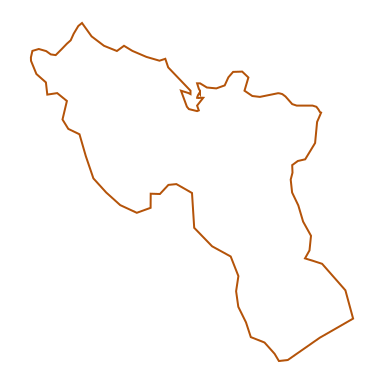 map outline of Nord (Natural Earth projection)
{"feature_id": "HTI-1387", "entity_name": "Nord", "entity_type": "Department", "adm_level": 1, "iso_a3": "HTI", "parent_name": "Haiti", "parent_adm1": "", "projection": "natural_earth1", "projection_center": [-72.317, 19.567], "detail": "fine", "context": "isolated", "style": "outline", "palette": "amber", "viewbox_px": 384, "rotation_deg": 0, "n_neighbors": 0, "source": "natural_earth", "source_scale": "10m", "svg_char_len": 1437}
<svg xmlns="http://www.w3.org/2000/svg" viewBox="0 0 384 384"><path d="M82.0,23.0L91.6,36.4L104.0,45.8L116.9,51.0L124.0,45.8L132.4,50.9L146.4,56.9L159.5,60.7L165.3,58.8L168.2,67.4L190.5,90.7L190.5,94.1L188.3,93.0L181.0,90.7L186.9,106.7L188.9,109.1L197.1,111.1L198.8,110.4L197.1,105.6L203.2,97.8L201.6,97.7L198.6,98.0L197.1,97.8L197.2,97.2L198.2,94.8L199.3,93.1L200.0,94.1L200.0,90.7L198.9,89.0L197.1,83.3L200.0,83.3L206.9,87.5L216.3,88.4L224.7,85.4L228.4,77.3L233.1,71.9L242.2,71.6L248.4,77.5L244.5,90.7L252.3,96.0L259.9,96.9L278.1,93.2L279.7,93.4L282.3,94.1L285.5,96.5L292.2,104.1L296.7,105.6L312.6,105.6L316.4,106.8L318.4,109.4L319.9,112.0L321.1,112.6L318.9,117.8L317.1,121.9L315.1,143.0L305.2,159.3L297.8,161.0L292.2,165.1L292.5,172.7L290.7,179.6L292.1,192.5L298.3,205.4L303.1,221.6L311.0,235.8L309.5,250.4L305.0,258.4L313.5,261.0L322.1,263.8L345.4,290.3L353.1,318.6L319.8,337.7L287.8,360.0L278.9,361.0L274.6,353.8L264.5,342.5L250.8,337.1L246.0,322.4L238.3,306.8L236.1,291.2L238.4,276.1L230.7,256.5L212.1,246.3L194.2,227.8L192.0,193.0L183.1,187.9L176.4,184.1L168.4,184.9L159.9,194.0L150.7,193.7L150.6,207.8L136.8,212.8L120.2,205.1L106.2,192.5L93.4,178.4L85.8,156.1L79.5,134.3L68.3,128.9L62.5,119.5L66.9,101.0L57.2,93.1L47.3,94.6L45.9,82.4L36.4,74.0L31.0,60.8L30.9,57.5L32.4,50.9L38.8,49.0L46.2,51.1L50.8,54.4L55.7,55.1L61.7,49.1L66.9,43.7L70.7,40.3L73.7,33.7L78.3,26.0L82.0,23.0Z" fill="none" stroke="#b45309" stroke-width="2"/></svg>